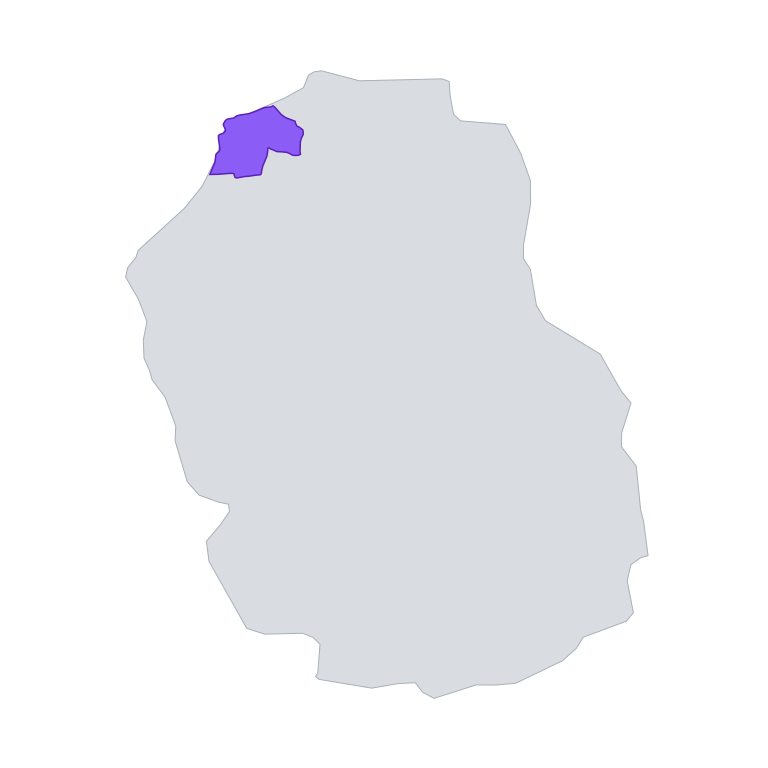 location of Delčevo within North Macedonia, rotated 265°
{"feature_id": "MKD-3005", "entity_name": "Delčevo", "entity_type": "Statistical Region", "adm_level": 1, "iso_a3": "MKD", "parent_name": "North Macedonia", "parent_adm1": "", "projection": "orthographic", "projection_center": [22.736, 41.933], "detail": "fine", "context": "in_parent", "style": "filled", "palette": "violet", "viewbox_px": 768, "rotation_deg": 265, "n_neighbors": 0, "source": "natural_earth", "source_scale": "10m", "svg_char_len": 2250}
<svg xmlns="http://www.w3.org/2000/svg" viewBox="0 0 768 768"><g transform="rotate(265 384 384)"><path d="M346.4,171.0L360.1,172.9L389.9,164.8L408.6,153.3L418.0,151.6L430.6,147.2L448.6,148.0L466.8,153.3L490.1,146.7L513.0,135.9L522.1,138.7L532.0,148.1L538.5,150.7L576.2,200.2L597.0,220.2L621.5,235.4L649.5,246.5L659.6,257.2L677.5,309.7L686.2,329.6L698.1,335.6L701.0,341.3L701.5,348.9L688.2,385.9L682.9,468.7L679.6,475.3L665.4,475.0L646.6,476.8L639.5,483.1L631.9,527.7L601.6,540.4L574.1,547.5L550.9,545.8L510.2,535.1L496.9,533.8L485.5,539.8L449.1,542.7L433.0,550.3L395.0,602.0L356.6,619.5L343.5,628.4L314.6,616.5L300.7,615.1L280.3,628.1L236.1,628.7L224.1,630.7L190.0,632.1L188.7,624.9L182.6,614.3L166.9,609.1L134.4,612.5L126.6,604.7L114.3,560.2L104.1,552.8L92.8,537.7L74.4,489.1L74.4,468.1L76.2,449.7L66.5,406.4L73.5,395.7L83.7,389.1L84.3,371.7L82.1,345.3L95.3,293.9L98.6,290.2L101.6,292.8L130.3,297.6L137.8,291.2L142.8,281.1L145.2,243.3L152.5,226.0L222.5,194.2L242.8,193.4L258.2,208.9L270.4,218.9L277.8,218.7L280.7,208.9L289.4,190.1L303.8,179.5L346.0,170.9L346.4,171.0Z" fill="#d9dde1" stroke="#a8b0b8" stroke-width="1"/><path d="M607.9,228.8L619.9,235.0L627.2,236.5L628.4,237.5L629.3,238.9L630.4,240.3L632.0,241.0L643.2,240.5L645.8,240.7L646.9,242.1L647.4,244.3L648.3,246.5L650.2,248.0L652.0,248.0L655.7,246.6L657.1,246.7L659.9,248.6L661.3,250.3L661.7,252.6L661.8,252.8L662.0,257.2L664.0,260.8L664.6,264.4L665.0,272.3L666.9,280.0L669.5,287.6L669.9,289.9L669.8,294.8L670.5,297.3L670.8,297.6L670.0,298.5L669.0,299.6L665.9,301.8L661.6,305.0L658.3,308.6L656.8,311.5L654.8,315.7L653.5,318.3L651.4,318.6L648.6,319.7L646.8,322.5L644.3,325.2L642.3,325.5L640.0,325.3L639.5,325.2L635.4,322.8L631.9,321.7L626.8,321.1L622.6,320.6L620.1,320.8L619.5,319.1L619.3,318.6L619.4,315.3L619.9,312.9L621.6,310.5L623.2,307.5L624.2,302.2L624.9,297.4L627.0,293.7L628.0,291.4L629.1,290.5L629.1,288.8L628.2,288.6L626.7,288.6L624.5,288.1L621.4,287.3L616.6,284.8L611.9,282.3L607.0,280.7L604.3,280.1L603.2,279.1L603.2,276.3L603.1,272.7L602.8,268.2L602.8,263.0L602.6,260.9L602.1,255.5L602.7,253.7L603.9,253.3L605.0,253.1L606.4,252.8L607.0,251.8L607.2,249.5L607.3,246.3L607.3,241.6L607.4,236.7L607.7,231.9L607.9,228.8Z" fill="#8b5cf6" stroke="#5b21b6" stroke-width="1.5"/></g></svg>